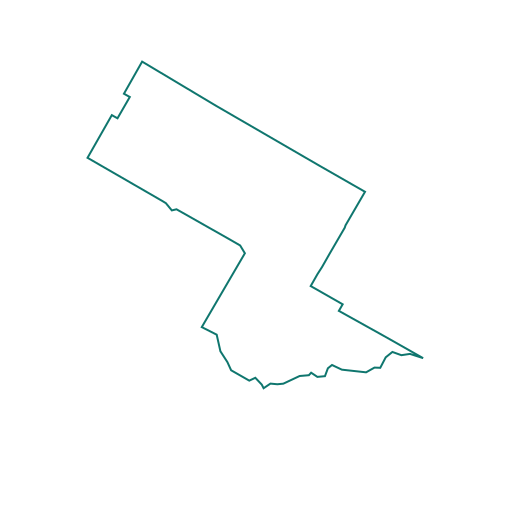 Lake, Florida, United States of America (Mercator projection), rotated 120°
{"feature_id": "52423323B41510935650721", "entity_name": "Lake", "entity_type": "district", "adm_level": 2, "iso_a3": "USA", "parent_name": "United States of America", "parent_adm1": "Florida", "projection": "mercator", "projection_center": [-81.605, 28.811], "detail": "fine", "context": "isolated", "style": "outline", "palette": "teal", "viewbox_px": 512, "rotation_deg": 120, "n_neighbors": 0, "source": "geoboundaries", "source_scale": "gbopen_adm2", "svg_char_len": 843}
<svg xmlns="http://www.w3.org/2000/svg" viewBox="0 0 512 512"><g transform="rotate(120 256 256)"><path d="M362.2,227.7L367.4,220.4L367.3,199.5L361.8,195.7L364.5,186.7L366.7,183.3L359.3,179.7L356.4,173.4L352.9,168.5L338.1,158.2L332.8,150.6L329.5,149.9L330.0,142.4L325.6,136.2L317.3,137.6L312.4,135.7L311.5,124.8L301.7,102.5L293.4,97.6L290.7,92.5L278.9,93.0L270.9,89.9L269.2,80.5L263.8,73.7L260.9,60.2L261.3,105.7L262.1,156.8L254.5,156.8L254.7,193.6L241.0,193.7L232.5,193.3L216.8,193.4L187.1,193.3L184.7,193.8L145.9,193.7L146.1,245.7L145.9,357.1L145.9,365.3L144.6,451.8L181.5,451.5L181.4,444.8L206.0,444.8L206.1,451.3L255.2,451.0L255.2,397.8L255.2,367.6L255.2,364.6L255.3,360.5L258.6,351.7L255.3,348.2L254.8,286.1L254.8,275.0L259.2,267.0L344.7,267.4L343.8,250.7L356.3,239.2L362.2,227.7Z" fill="none" stroke="#0f766e" stroke-width="2"/></g></svg>